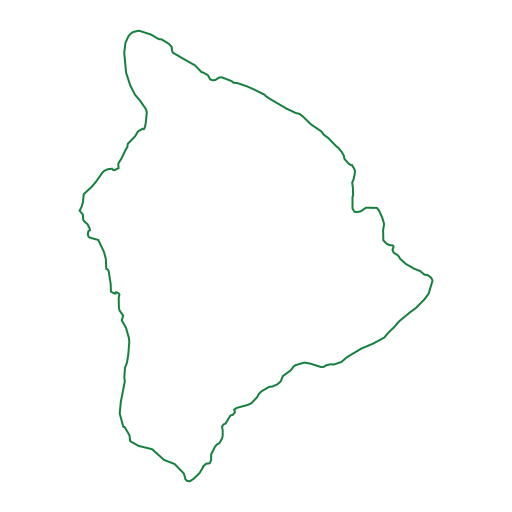 the district of Hawaii, Hawaii, United States of America
{"feature_id": "52423323B10350916691509", "entity_name": "Hawaii", "entity_type": "district", "adm_level": 2, "iso_a3": "USA", "parent_name": "United States of America", "parent_adm1": "Hawaii", "projection": "natural_earth1", "projection_center": [-155.543, 19.595], "detail": "fine", "context": "isolated", "style": "outline", "palette": "green", "viewbox_px": 512, "rotation_deg": 0, "n_neighbors": 0, "source": "geoboundaries", "source_scale": "gbopen_adm2", "svg_char_len": 2987}
<svg xmlns="http://www.w3.org/2000/svg" viewBox="0 0 512 512"><path d="M81.6,206.8L79.6,210.7L81.9,213.4L82.9,214.7L83.2,219.7L84.2,221.3L87.5,224.2L89.4,227.9L90.0,230.2L88.3,231.2L87.8,234.5L88.4,236.3L89.5,237.5L98.3,240.0L103.0,249.9L103.8,251.5L105.8,258.8L106.3,268.9L107.4,269.3L108.3,270.2L108.8,272.0L110.7,284.1L110.9,291.2L111.3,291.9L114.7,293.6L115.5,293.5L115.7,292.3L117.2,292.5L119.0,293.7L119.4,294.6L118.7,298.1L118.9,307.8L119.6,310.6L123.2,315.6L121.8,320.4L126.1,328.1L128.9,338.0L129.3,341.7L128.3,354.4L127.0,362.5L125.0,367.9L124.3,377.3L124.8,381.4L120.8,401.9L119.7,413.5L123.3,426.8L124.6,427.0L129.5,435.3L130.1,440.8L130.9,441.6L138.6,445.9L152.1,449.2L164.0,459.9L174.6,464.0L183.9,473.6L184.7,476.4L185.4,479.3L187.1,480.9L189.8,481.3L193.6,478.8L199.4,473.2L203.1,467.2L203.0,466.5L206.2,463.7L209.6,463.3L211.1,460.3L211.2,454.2L215.2,446.4L216.7,444.7L219.5,443.0L222.1,438.3L222.7,435.9L222.7,430.7L222.0,426.5L223.8,424.3L224.2,424.1L225.6,423.5L230.1,416.0L230.9,415.3L232.7,414.9L234.8,412.5L234.8,411.2L234.1,409.7L236.7,407.9L247.9,404.9L251.3,403.3L257.2,397.1L258.7,394.1L261.5,391.3L269.0,386.9L272.4,386.5L277.4,384.3L280.7,381.4L282.9,376.0L290.7,370.4L293.1,367.2L293.4,366.7L295.4,365.2L304.4,362.6L310.2,363.6L321.0,367.0L323.7,366.9L326.2,365.3L330.4,364.3L334.0,364.5L341.3,362.0L347.0,357.1L361.5,348.5L373.1,343.6L384.2,337.6L388.8,332.2L394.5,326.8L398.9,321.5L410.4,312.0L415.8,308.1L424.2,299.6L428.6,293.7L432.4,281.1L432.3,280.0L431.0,277.5L427.5,275.0L424.5,274.7L420.2,271.1L413.9,268.6L405.9,264.0L400.0,258.7L399.0,256.6L397.4,255.0L393.6,252.6L392.5,249.7L393.5,246.9L393.4,246.1L392.7,245.4L388.9,245.0L386.0,243.2L383.3,240.3L383.3,238.9L383.1,230.2L384.1,224.0L382.4,218.1L381.3,215.6L379.5,211.4L376.9,207.9L366.0,207.7L360.8,211.3L356.4,212.2L354.3,211.6L354.2,211.4L352.5,208.4L352.5,201.9L352.5,197.0L353.1,195.5L352.9,187.8L352.2,182.7L353.7,178.8L354.6,174.8L355.0,171.1L354.4,169.2L352.0,165.1L351.0,165.1L348.5,163.5L344.5,159.0L343.7,155.3L341.8,152.1L338.1,147.5L336.8,146.8L328.1,137.9L324.0,134.9L321.2,131.3L311.0,124.4L302.7,116.3L299.3,113.8L295.7,113.0L285.9,108.3L269.8,98.8L265.6,96.0L264.8,94.9L253.9,89.4L247.1,86.4L237.5,83.1L233.5,82.7L231.6,81.1L221.7,77.3L219.0,77.6L215.3,80.0L212.7,80.3L210.7,79.6L209.9,79.0L207.9,75.2L203.2,72.5L201.6,72.2L195.0,65.4L182.5,58.3L172.9,52.7L172.0,50.4L171.7,47.0L168.9,43.8L161.6,39.4L160.1,39.3L158.7,39.1L150.8,34.5L139.0,30.7L133.2,32.0L130.8,33.6L128.5,36.1L125.5,42.6L124.2,52.8L126.1,72.6L130.3,85.6L135.1,94.9L139.8,100.3L146.0,109.3L146.8,112.5L145.8,122.6L145.0,126.8L144.0,129.1L143.1,129.2L142.5,128.8L138.0,131.4L135.1,136.3L127.9,143.7L127.4,145.4L127.5,146.7L125.3,150.4L122.4,156.5L121.4,158.7L118.7,162.7L118.3,164.3L118.4,166.3L118.6,168.0L114.5,170.2L113.1,169.9L112.8,169.6L112.0,168.7L107.6,169.3L104.3,170.8L102.5,172.5L96.6,180.9L95.9,181.8L91.6,186.9L83.7,194.2L83.0,202.0L81.6,206.8Z" fill="none" stroke="#15803d" stroke-width="2"/></svg>